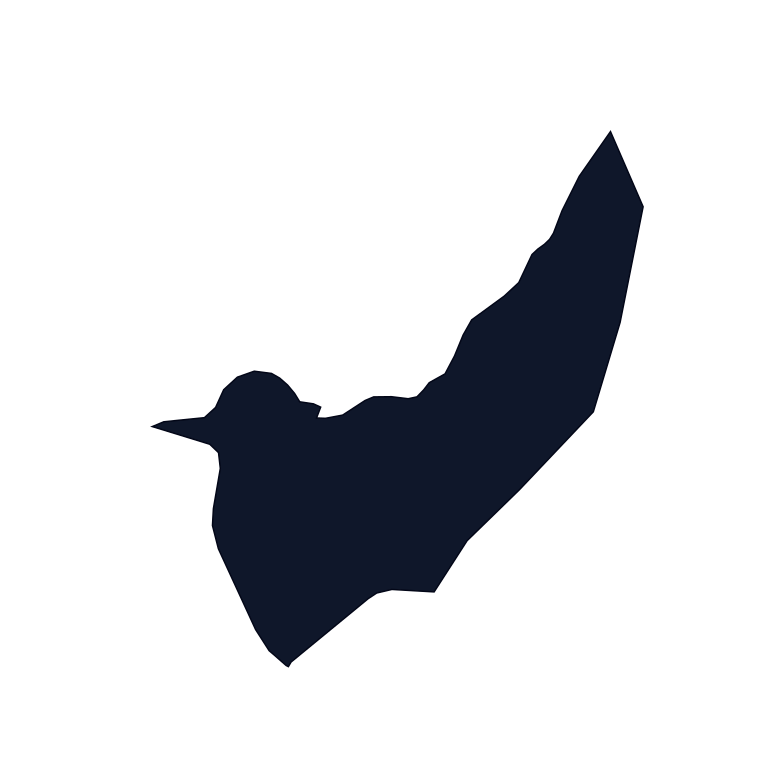 an SVG outline of Moyo, rotated 193°
{"feature_id": "UGA-3085", "entity_name": "Moyo", "entity_type": "District", "adm_level": 1, "iso_a3": "UGA", "parent_name": "Uganda", "parent_adm1": "", "projection": "natural_earth1", "projection_center": [31.745, 3.481], "detail": "fine", "context": "isolated", "style": "filled", "palette": "ink", "viewbox_px": 768, "rotation_deg": 193, "n_neighbors": 0, "source": "natural_earth", "source_scale": "10m", "svg_char_len": 885}
<svg xmlns="http://www.w3.org/2000/svg" viewBox="0 0 768 768"><g transform="rotate(193 384 384)"><path d="M431.3,95.9L435.9,98.3L453.9,115.9L508.3,186.2L519.3,207.5L522.2,224.2L524.5,264.9L529.8,279.9L540.2,286.1L600.2,290.4L590.0,297.7L551.4,310.8L542.8,323.3L538.9,342.4L528.4,357.7L513.3,367.3L496.0,369.0L487.0,366.3L477.7,361.3L469.0,354.7L462.1,347.7L448.3,348.8L440.5,347.2L442.1,335.7L433.3,337.4L417.3,344.4L398.7,363.7L391.2,369.1L373.9,373.3L357.1,375.1L349.0,378.9L344.0,387.2L340.2,395.5L326.8,407.6L321.6,427.2L317.9,449.6L313.0,466.2L286.7,496.6L275.5,513.1L268.9,543.5L264.3,550.3L259.1,556.2L255.2,562.2L252.8,569.1L249.5,592.9L240.5,630.3L220.1,680.9L171.4,615.0L167.8,497.1L173.8,404.0L228.3,311.4L267.8,250.0L288.4,192.7L330.1,185.6L344.1,178.7L351.2,171.2L412.0,92.2L413.6,87.1L416.0,87.7L431.3,95.9Z" fill="#0f172a" stroke="#020617" stroke-width="1.5"/></g></svg>